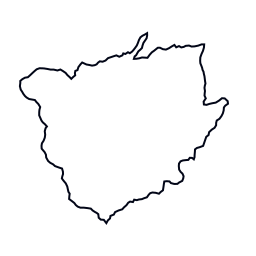 Apiúna, Santa Catarina, Brazil (Mercator projection), rotated 83°
{"feature_id": "56859067B74318633317115", "entity_name": "Apiúna", "entity_type": "district", "adm_level": 2, "iso_a3": "BRA", "parent_name": "Brazil", "parent_adm1": "Santa Catarina", "projection": "mercator", "projection_center": [-49.375, -27.12], "detail": "fine", "context": "isolated", "style": "outline", "palette": "ink", "viewbox_px": 256, "rotation_deg": 83, "n_neighbors": 0, "source": "geoboundaries", "source_scale": "gbopen_adm2", "svg_char_len": 3115}
<svg xmlns="http://www.w3.org/2000/svg" viewBox="0 0 256 256"><g transform="rotate(83 128 128)"><path d="M154.9,55.6L146.3,51.4L144.8,48.9L142.0,48.0L139.8,45.0L138.4,42.1L136.0,40.2L133.7,39.9L131.4,39.0L130.0,36.1L127.7,33.9L125.1,32.1L122.2,30.9L119.3,30.3L117.7,28.8L116.1,25.8L113.5,25.8L110.4,28.4L109.9,31.1L111.9,34.3L113.5,37.8L113.7,41.4L114.0,44.3L114.6,47.2L113.9,49.8L111.0,49.7L108.1,47.2L105.2,48.1L103.1,47.7L100.7,47.1L97.5,47.2L95.4,46.6L93.3,45.7L90.9,45.8L88.2,45.8L85.9,45.8L83.6,46.1L81.3,46.2L79.5,46.9L77.3,47.1L75.2,47.6L72.6,48.3L70.1,48.2L66.7,47.6L63.5,46.0L60.6,44.2L57.3,42.8L54.3,42.2L54.0,44.9L54.8,48.3L55.1,52.0L54.9,55.0L53.6,57.4L53.5,60.7L54.3,62.8L54.5,65.3L52.9,67.4L53.8,70.3L51.2,71.8L52.4,74.7L53.8,77.6L54.8,80.8L54.0,83.8L52.2,86.5L52.0,88.7L53.2,90.6L54.5,92.7L55.8,95.1L57.8,97.4L60.7,100.1L60.1,103.3L59.7,105.5L60.2,108.5L60.3,111.4L60.1,113.7L57.8,112.7L56.7,111.0L54.9,109.7L53.2,108.4L51.8,106.3L50.3,104.4L48.1,103.6L45.4,102.3L43.6,100.7L41.2,98.6L38.4,97.7L36.2,97.5L37.3,99.9L38.2,102.4L39.5,104.6L42.0,106.4L44.8,107.8L47.2,109.2L49.4,111.2L51.3,113.1L52.7,114.7L54.0,117.1L52.8,118.8L54.2,121.6L53.4,123.6L55.2,124.7L56.2,128.0L54.5,130.7L55.0,133.4L55.6,136.3L56.2,139.3L58.3,142.1L59.1,145.1L58.4,147.9L59.5,149.8L61.0,151.4L61.6,153.4L61.7,156.1L60.8,158.5L59.9,161.5L57.4,165.5L59.0,167.4L61.5,169.8L64.4,171.1L64.9,173.3L66.9,174.0L69.3,174.0L70.6,176.1L72.3,178.3L70.4,179.7L68.1,181.7L65.7,183.2L63.5,185.7L61.7,188.0L62.3,191.0L61.0,194.6L60.6,197.7L59.6,200.7L58.6,204.2L57.9,208.5L58.6,211.5L59.9,213.5L61.6,215.9L63.6,218.6L65.4,221.2L65.5,224.1L66.7,227.0L68.2,229.2L70.2,229.4L73.3,230.2L76.8,229.8L79.0,228.7L81.4,227.7L83.8,226.3L85.4,224.9L87.2,222.6L88.1,219.6L88.9,217.0L91.0,215.8L93.2,214.1L96.5,212.6L99.2,213.7L101.5,214.2L104.6,214.6L107.6,213.7L110.0,213.0L112.0,211.9L114.1,210.0L116.6,208.3L118.1,209.8L121.0,211.0L124.6,211.0L127.5,211.8L130.3,213.3L132.7,215.3L135.1,216.0L138.0,216.2L141.8,213.7L144.5,212.7L147.3,212.8L151.0,211.3L153.1,209.4L154.9,206.8L156.9,205.1L158.9,201.2L160.2,198.4L163.4,197.9L165.8,198.1L168.0,199.1L170.0,199.8L172.3,198.5L175.4,196.5L178.7,195.4L181.1,195.2L184.1,194.9L186.1,193.9L188.4,194.5L191.3,195.1L193.9,192.4L195.9,190.4L198.1,189.2L199.9,187.5L201.3,184.9L201.7,181.5L202.6,177.8L203.5,174.7L205.5,173.2L207.2,171.2L208.5,169.4L209.9,168.0L213.5,168.0L215.6,166.2L216.2,163.2L219.8,161.1L217.3,159.3L215.6,156.9L213.1,156.1L212.2,152.6L209.9,151.1L208.7,147.4L208.0,143.6L206.3,141.7L204.4,138.9L202.2,136.9L201.3,134.9L202.1,132.1L199.9,130.6L200.7,128.0L200.3,125.9L200.3,122.9L199.6,120.4L199.1,117.7L196.7,115.5L195.4,113.9L195.0,111.6L195.7,108.4L197.0,105.3L195.5,103.4L194.1,100.9L190.9,100.0L187.9,99.2L185.5,98.5L185.5,96.1L186.1,93.3L187.9,92.1L189.1,89.1L189.5,85.8L188.3,83.9L187.1,80.6L184.7,79.3L182.6,78.7L179.9,79.5L178.0,81.1L175.5,82.3L171.9,82.2L169.5,81.7L167.5,79.9L166.9,77.6L166.9,75.0L167.0,72.0L165.1,70.3L165.5,68.0L167.1,66.5L165.0,65.5L163.0,65.2L159.7,64.5L157.4,64.1L156.2,62.0L155.8,59.3L154.9,55.6Z" fill="none" stroke="#020617" stroke-width="2"/></g></svg>